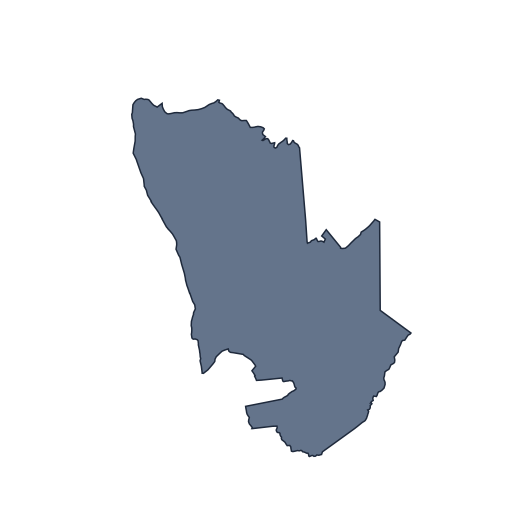 Unión Hidalgo, Oaxaca, Mexico (Robinson projection), rotated 230°
{"feature_id": "50627088B59683558731629", "entity_name": "Unión Hidalgo", "entity_type": "district", "adm_level": 2, "iso_a3": "MEX", "parent_name": "Mexico", "parent_adm1": "Oaxaca", "projection": "robinson", "projection_center": [-94.827, 16.487], "detail": "fine", "context": "isolated", "style": "filled", "palette": "slate", "viewbox_px": 512, "rotation_deg": 230, "n_neighbors": 0, "source": "geoboundaries", "source_scale": "gbopen_adm2", "svg_char_len": 5714}
<svg xmlns="http://www.w3.org/2000/svg" viewBox="0 0 512 512"><g transform="rotate(230 256 256)"><path d="M255.1,175.9L254.5,175.6L252.8,171.9L252.2,171.2L251.2,170.4L251.2,170.1L249.9,168.0L248.5,166.1L247.5,164.6L244.3,161.6L242.3,160.6L240.5,159.2L238.6,157.4L237.6,156.2L234.5,154.3L234.0,154.2L233.2,154.3L232.6,154.5L231.5,156.1L230.1,156.9L229.6,157.2L228.4,157.2L225.7,155.4L225.0,154.7L220.2,152.2L218.1,150.8L217.3,150.4L214.5,148.4L213.1,147.8L212.6,147.2L211.7,145.8L209.3,144.6L206.7,143.3L201.3,139.8L200.9,139.4L199.9,140.3L199.8,143.1L199.7,145.9L200.1,148.4L200.6,151.3L201.0,153.7L201.7,156.6L203.3,158.3L204.4,160.8L204.7,164.9L204.9,168.8L204.1,171.4L202.7,175.0L200.8,174.1L199.6,174.2L198.5,174.6L196.7,176.3L191.4,180.8L189.4,182.5L189.1,182.8L188.8,183.0L187.4,183.0L185.1,183.7L183.6,184.2L182.2,184.6L180.3,185.2L178.9,185.5L176.5,185.4L174.8,185.3L173.1,185.2L171.8,184.9L171.3,182.4L171.0,180.6L170.7,179.1L169.2,179.0L167.9,178.9L164.9,178.4L164.9,177.7L162.1,177.0L160.4,176.4L157.3,180.6L145.8,197.5L143.1,196.2L142.2,196.3L141.6,197.1L141.4,197.6L140.7,198.8L139.6,200.4L138.9,202.0L137.6,202.8L136.9,203.6L134.5,203.3L133.2,202.8L131.6,202.0L130.4,201.6L129.0,201.8L128.4,201.2L128.4,200.3L128.4,198.8L128.7,197.4L129.0,196.8L129.3,193.6L129.3,191.8L128.9,190.9L129.0,189.5L129.4,187.8L129.6,186.8L129.7,185.5L129.5,184.1L147.5,151.4L145.7,150.3L143.9,149.3L142.1,148.2L140.5,147.5L138.5,147.2L136.6,147.1L135.1,145.0L133.9,143.8L131.7,143.0L129.2,143.0L126.7,142.8L126.4,141.9L126.3,142.0L114.8,159.4L112.2,162.7L111.4,162.2L110.9,161.9L110.4,161.1L109.9,159.9L109.2,159.3L107.7,158.9L106.6,159.3L105.7,160.3L104.8,160.4L103.6,159.5L102.2,159.1L100.8,159.1L100.0,158.2L99.3,157.9L98.6,157.7L96.4,158.2L94.6,158.5L92.2,158.1L90.7,158.0L89.2,160.1L87.3,159.9L86.4,159.2L85.3,158.6L83.7,157.7L82.5,158.5L81.7,159.9L80.9,161.5L80.4,162.6L79.6,163.3L78.6,164.4L78.4,165.3L77.6,165.9L76.0,165.9L75.0,166.8L73.9,167.4L72.6,167.9L71.4,169.1L70.2,168.7L68.9,167.9L68.1,168.0L67.6,169.4L67.4,170.3L66.7,171.3L65.3,171.6L64.4,173.0L64.5,174.7L63.2,175.8L62.6,176.8L62.1,178.2L61.8,178.6L63.3,181.0L62.3,194.8L62.0,198.9L61.0,212.7L60.4,220.9L60.4,221.9L60.3,224.1L60.2,230.4L59.8,233.0L59.8,234.0L60.2,235.1L60.6,236.3L61.3,237.4L61.9,238.4L62.5,239.4L63.1,240.1L63.6,241.1L64.6,242.4L66.3,242.6L65.7,244.2L65.9,245.2L66.5,246.1L67.4,246.9L68.1,247.4L68.1,249.2L68.4,249.9L69.5,249.9L69.8,249.4L70.0,250.1L70.3,250.9L70.0,252.9L72.1,254.1L73.1,256.0L72.3,256.8L71.0,257.9L71.6,259.5L72.1,260.2L72.6,261.1L73.0,261.9L73.1,262.5L72.8,263.4L72.4,264.0L72.4,264.9L72.2,265.6L72.5,269.1L74.6,272.3L76.2,273.6L77.4,274.1L78.7,274.4L80.4,275.4L81.6,277.3L82.9,278.7L84.3,280.2L84.3,282.4L83.8,284.9L84.7,287.0L85.9,289.3L85.3,292.4L85.5,293.8L87.1,295.5L89.9,297.1L91.0,303.1L93.5,305.9L95.2,309.7L96.8,312.5L97.1,313.9L95.9,315.9L97.2,320.1L97.6,321.8L97.2,323.3L97.1,324.0L97.4,325.2L134.5,316.2L202.6,372.6L207.6,370.7L207.5,370.1L207.2,369.1L206.9,367.1L206.7,365.6L206.4,363.8L206.2,362.5L206.1,360.6L206.1,359.1L206.1,357.2L206.2,355.5L206.7,351.9L205.3,349.9L205.2,347.8L205.1,346.5L205.3,344.8L205.4,343.3L205.2,340.8L205.1,339.6L205.0,337.7L204.5,333.5L204.5,329.5L206.3,326.9L207.6,325.8L208.3,326.4L231.0,326.7L229.1,319.2L224.4,320.0L222.9,316.9L223.7,316.7L225.3,315.8L225.8,315.4L226.0,314.7L227.2,312.8L227.7,312.8L227.8,312.8L228.5,312.9L229.8,313.3L230.5,313.5L231.0,313.5L231.1,313.2L231.2,312.9L231.1,312.1L231.1,311.6L231.1,311.1L231.7,309.4L232.0,308.6L232.1,308.1L231.9,307.6L231.7,306.5L232.4,304.5L232.8,304.0L232.8,303.7L234.1,304.3L251.6,317.1L310.9,358.9L312.5,359.0L313.1,359.3L314.0,359.5L315.2,359.4L316.5,358.9L317.9,358.4L319.2,358.4L320.2,358.8L320.9,358.3L320.3,356.7L319.7,354.2L320.4,352.5L322.0,352.2L323.3,353.2L325.0,354.2L326.4,355.3L327.2,354.5L326.9,352.6L326.8,350.0L327.0,348.5L327.2,345.4L326.8,343.8L325.9,341.8L326.2,340.2L327.6,339.7L328.7,340.3L330.1,342.5L330.8,343.1L332.3,340.1L333.3,339.5L336.9,340.4L338.3,340.4L339.1,339.7L339.5,338.7L340.0,335.5L340.8,335.1L340.9,337.6L341.4,340.0L344.6,339.3L346.1,340.0L346.9,340.8L347.2,342.5L348.1,344.1L349.7,343.9L351.9,342.7L354.0,340.8L355.1,338.9L355.8,337.4L356.3,336.7L356.8,335.9L358.2,334.3L361.0,334.9L363.6,335.4L366.0,335.7L367.3,334.2L368.7,332.2L370.0,331.4L371.6,331.2L372.9,331.2L375.4,330.0L377.3,329.4L378.5,329.7L380.3,329.8L382.0,329.5L383.4,329.7L384.7,329.2L386.0,328.6L387.2,328.2L389.5,328.0L390.8,328.1L393.4,328.1L394.6,327.9L396.4,326.7L397.6,326.3L398.8,328.1L400.2,327.1L400.1,324.7L400.4,321.9L401.1,320.6L402.1,317.6L402.3,316.0L402.7,312.3L403.8,309.1L405.3,305.8L407.2,302.9L409.2,300.2L410.4,298.2L411.6,295.0L412.8,291.9L414.5,289.8L415.7,288.6L416.6,287.7L418.2,285.6L419.8,282.4L421.2,280.2L422.3,279.3L425.2,278.8L428.1,279.4L430.5,280.2L433.3,282.2L433.5,278.3L433.6,276.0L434.7,275.6L437.2,274.5L439.5,274.3L444.3,274.3L445.4,273.8L446.9,272.4L447.8,271.0L450.6,269.5L452.1,265.9L452.2,263.6L451.8,261.4L451.0,259.0L449.5,257.5L446.3,254.4L445.3,253.5L444.4,251.9L441.2,249.6L438.8,248.7L435.8,247.0L433.8,245.3L427.0,242.1L425.2,240.3L421.7,237.3L417.2,231.9L415.0,229.4L413.7,228.0L406.3,226.2L406.1,226.0L393.7,221.3L387.6,219.6L382.4,216.1L381.3,215.2L376.9,214.3L372.1,212.0L365.2,211.0L365.1,210.5L360.9,210.1L359.4,210.0L358.4,209.9L356.6,209.8L353.1,209.5L350.9,209.2L347.0,208.4L344.9,208.1L344.9,207.9L336.0,206.1L334.1,206.1L333.4,206.0L330.2,206.2L326.6,206.2L324.1,205.8L318.9,204.8L317.0,203.6L315.5,202.4L312.6,199.1L306.5,197.3L303.8,196.9L297.4,193.7L288.8,190.0L284.6,187.7L282.6,186.4L280.4,185.4L278.0,184.2L275.2,183.2L270.1,181.2L270.0,181.4L261.9,178.3L258.0,177.7L255.1,175.9Z" fill="#64748b" stroke="#1e293b" stroke-width="1.5"/></g></svg>